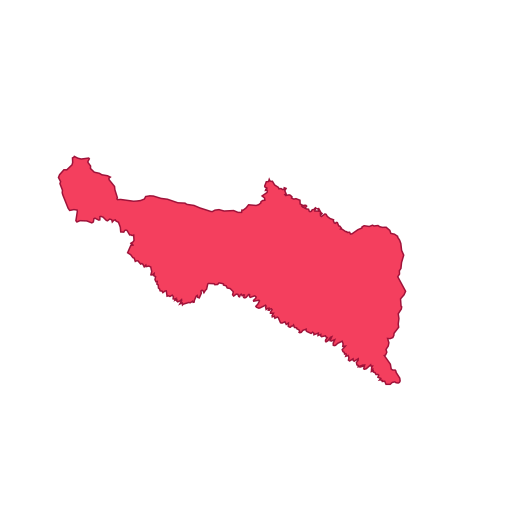 Nobres, Mato Grosso, Brazil, rotated 55°
{"feature_id": "56859067B93249900813034", "entity_name": "Nobres", "entity_type": "district", "adm_level": 2, "iso_a3": "BRA", "parent_name": "Brazil", "parent_adm1": "Mato Grosso", "projection": "robinson", "projection_center": [-55.833, -14.387], "detail": "fine", "context": "isolated", "style": "filled", "palette": "rose", "viewbox_px": 512, "rotation_deg": 55, "n_neighbors": 0, "source": "geoboundaries", "source_scale": "gbopen_adm2", "svg_char_len": 6146}
<svg xmlns="http://www.w3.org/2000/svg" viewBox="0 0 512 512"><g transform="rotate(55 256 256)"><path d="M70.4,350.1L74.2,352.5L75.8,354.4L76.9,361.6L75.2,363.9L76.7,370.2L78.4,372.8L83.0,373.4L84.3,375.1L91.1,376.8L93.1,378.5L95.1,379.2L109.1,382.5L111.8,382.5L113.5,378.6L115.7,376.2L117.0,376.8L123.8,383.3L125.4,383.2L126.1,379.9L130.2,374.5L134.7,371.5L134.8,369.7L132.4,367.3L132.7,366.2L136.4,364.2L136.8,363.2L134.2,361.3L134.6,360.3L136.4,359.0L141.0,358.2L142.0,357.4L141.8,354.8L142.8,353.9L143.6,353.4L145.7,354.2L145.2,352.1L145.7,350.5L147.1,350.6L149.5,349.3L154.5,350.6L158.7,353.0L160.6,350.6L159.8,349.0L160.1,347.7L161.1,347.0L166.3,347.4L167.0,346.3L168.2,345.7L168.7,344.2L173.3,347.0L173.9,348.5L173.8,351.3L174.7,351.3L175.3,350.4L176.5,350.5L175.6,352.6L179.7,359.3L183.1,357.9L186.7,357.8L187.9,357.0L191.2,358.0L191.5,356.3L192.3,355.5L196.5,355.1L196.7,353.8L197.9,353.4L200.8,353.8L200.3,351.5L201.7,352.1L202.7,349.7L204.5,348.5L208.9,350.3L211.1,352.9L212.0,352.0L211.9,349.5L213.5,351.0L215.3,350.1L217.4,352.3L219.7,352.7L220.2,351.5L222.2,353.3L223.6,352.7L226.3,354.3L227.5,353.9L229.6,354.5L230.8,353.1L232.6,353.3L232.5,350.6L233.1,349.5L237.9,351.9L238.3,350.6L239.8,349.7L240.0,347.1L241.9,347.0L243.5,348.5L244.5,347.6L244.9,346.1L245.8,347.8L246.3,345.9L247.5,346.7L248.7,346.4L249.2,343.9L249.0,342.0L249.8,342.4L251.6,345.9L252.0,343.4L253.9,344.3L253.7,343.3L255.5,337.8L256.6,336.7L256.7,333.9L257.9,334.1L258.3,333.2L256.9,331.8L254.6,328.0L254.6,326.8L256.4,327.5L257.8,326.5L255.1,322.1L253.1,321.2L253.1,319.9L253.9,319.3L256.2,319.7L255.0,317.0L254.9,315.6L251.3,311.6L251.2,310.7L254.7,306.2L255.9,306.2L257.3,303.8L256.8,301.7L259.2,299.4L260.2,298.7L261.2,299.3L263.2,297.6L265.7,297.9L267.9,295.8L272.3,295.1L274.3,297.4L276.0,297.3L275.9,294.0L277.0,292.8L279.2,293.4L280.0,292.9L278.7,291.0L278.8,290.0L280.7,290.1L280.6,288.5L281.2,287.9L282.9,289.9L283.9,289.2L284.2,287.8L283.3,284.0L283.9,283.4L285.6,284.6L286.6,284.4L287.9,279.9L289.7,279.4L290.5,280.6L290.9,283.5L291.7,283.8L293.9,279.0L294.8,278.9L296.5,282.1L297.1,285.0L298.2,285.0L300.3,283.7L300.8,282.6L301.8,276.4L302.8,276.5L303.5,277.5L305.6,278.4L305.5,276.7L306.2,275.3L307.4,277.0L308.1,276.2L307.6,274.7L308.0,273.7L309.2,273.6L310.3,276.2L311.2,277.0L312.9,274.5L314.0,277.0L315.2,277.6L315.9,275.4L317.8,276.2L318.3,273.5L319.2,273.1L324.8,274.2L325.9,273.1L326.5,270.1L329.4,270.5L329.5,267.9L332.0,269.9L333.4,269.4L334.1,268.6L333.7,267.4L334.4,266.0L334.0,264.8L336.6,265.5L338.1,263.9L339.0,264.3L341.1,263.2L342.7,263.4L343.2,264.5L344.0,264.1L344.5,262.7L343.8,260.2L344.7,256.9L345.9,257.8L347.1,257.6L351.0,255.3L350.9,253.3L352.5,252.9L353.7,253.7L354.9,249.2L356.7,250.8L357.4,247.9L358.5,248.8L359.7,248.6L361.2,244.9L362.4,245.1L363.7,244.4L364.6,247.0L365.5,247.9L366.5,247.9L366.7,245.8L365.3,241.5L365.6,240.2L367.8,243.9L368.9,243.1L369.7,239.5L371.7,242.8L373.5,243.9L374.3,243.3L374.8,242.1L374.4,239.2L375.2,234.3L377.9,235.0L379.8,236.8L381.1,234.5L382.1,239.1L384.2,239.6L385.6,239.0L387.1,239.7L387.6,238.4L388.6,238.7L389.6,240.0L390.3,237.6L392.5,238.2L394.3,240.0L395.7,239.5L395.9,235.5L397.3,236.3L398.5,235.9L398.8,231.2L399.9,232.0L400.9,234.9L403.1,235.8L404.3,235.0L405.4,235.9L406.3,232.3L406.9,233.8L407.6,231.8L407.0,230.9L407.6,229.5L410.2,232.5L411.0,232.1L411.6,230.2L410.9,224.5L412.0,225.0L413.0,223.7L413.5,225.0L415.1,226.4L415.7,225.3L416.2,226.1L416.1,227.1L416.8,227.8L417.3,225.8L418.4,226.4L419.7,225.4L421.9,225.7L422.9,224.1L423.9,223.8L425.3,225.7L427.8,224.0L428.4,225.9L428.9,224.8L430.0,224.7L430.5,223.9L431.3,224.4L432.4,222.4L435.7,223.1L438.1,219.7L437.7,216.9L438.7,214.5L440.1,214.0L441.6,212.4L441.8,211.0L441.0,209.6L438.5,208.3L431.7,208.0L430.5,207.4L429.3,207.4L427.9,209.4L426.2,210.1L421.7,208.0L411.1,208.0L411.4,206.7L410.4,205.0L409.8,204.0L407.1,203.1L405.6,199.3L403.3,196.9L399.0,195.5L400.6,193.6L401.3,190.7L400.1,188.6L398.5,187.3L396.2,180.0L393.3,178.5L389.2,174.8L384.9,172.6L382.8,167.4L381.2,165.8L380.2,165.9L374.0,162.2L372.7,157.0L370.7,153.7L354.3,151.8L353.1,148.8L350.3,147.0L349.3,144.4L344.8,140.5L340.0,134.5L334.9,133.5L328.8,130.2L325.4,129.3L321.9,129.2L321.1,128.7L317.5,130.1L314.8,132.6L311.8,131.7L307.1,132.9L305.0,136.1L302.9,137.9L301.0,138.6L299.1,142.1L297.6,142.9L296.8,146.3L293.2,150.1L293.0,152.5L293.8,153.2L292.9,157.4L292.9,164.6L292.2,166.0L290.2,165.7L289.1,167.7L288.1,167.7L287.4,168.6L283.4,170.1L282.3,171.2L282.0,170.1L279.7,170.2L278.8,171.0L275.3,170.2L274.5,171.0L274.8,172.2L273.9,172.9L271.6,172.5L270.8,171.7L267.7,173.9L264.5,174.9L262.1,174.7L261.1,175.4L261.2,179.7L260.1,180.1L258.2,179.0L259.3,178.5L259.1,177.5L257.7,177.9L253.1,177.4L252.7,178.3L255.5,178.6L252.9,182.0L251.8,181.1L251.0,181.9L250.4,183.5L251.1,185.1L250.7,186.3L249.7,186.7L247.8,186.1L246.5,187.6L245.0,188.4L244.2,185.9L243.0,186.1L242.1,187.4L243.6,189.1L242.6,189.8L241.3,189.9L241.4,188.6L238.7,190.0L235.5,188.0L231.9,190.4L231.1,192.4L228.9,193.6L228.2,192.6L226.0,193.0L224.9,193.8L223.5,197.0L222.2,197.1L222.5,195.7L219.1,195.0L217.9,192.6L216.3,193.7L217.5,194.9L216.8,196.1L215.1,196.8L214.1,198.7L212.7,198.3L208.5,200.0L204.2,199.7L203.5,200.9L202.5,201.5L200.8,201.2L202.2,203.0L201.1,205.0L203.7,208.8L204.7,209.1L206.4,208.1L207.3,208.7L207.0,209.7L207.7,210.6L208.1,209.6L209.2,209.3L210.3,210.5L210.3,216.6L213.4,215.7L215.4,216.8L214.3,218.9L214.5,221.0L215.3,221.6L215.5,224.3L214.7,226.9L209.8,232.7L210.9,236.5L211.1,240.3L210.3,241.2L212.0,242.8L210.0,245.7L205.9,248.3L200.9,256.3L196.8,259.7L194.9,263.3L194.6,266.2L193.8,267.3L184.3,274.5L179.0,277.8L174.0,283.1L172.0,283.8L167.6,289.5L158.7,296.0L154.3,300.8L148.0,305.7L145.8,308.5L144.0,312.3L145.3,314.8L144.3,318.9L142.6,322.1L140.9,324.9L132.0,334.5L130.4,337.1L129.4,337.2L128.7,336.1L120.8,333.6L117.9,332.0L109.3,332.6L107.9,331.9L107.8,330.1L105.1,331.6L101.0,335.7L98.4,336.9L94.6,340.4L89.4,341.4L87.4,339.9L83.0,340.0L82.2,339.5L80.8,336.8L79.8,336.9L76.3,343.6L73.6,345.9L70.2,347.7L70.6,348.5L70.4,350.1ZM251.8,181.1L251.7,179.5L250.7,179.5L250.7,180.6L251.8,181.1Z" fill="#f43f5e" stroke="#9f1239" stroke-width="1.5"/></g></svg>